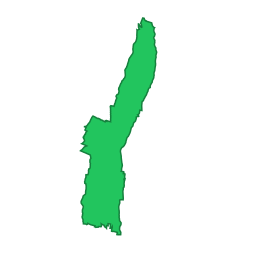 outline of Stanisesti, Bacau, Romania, rotated 26°
{"feature_id": "2599482B92534545821934", "entity_name": "Stanisesti", "entity_type": "district", "adm_level": 2, "iso_a3": "ROU", "parent_name": "Romania", "parent_adm1": "Bacau", "projection": "equal_earth", "projection_center": [27.312, 46.453], "detail": "fine", "context": "isolated", "style": "filled", "palette": "green", "viewbox_px": 256, "rotation_deg": 26, "n_neighbors": 0, "source": "geoboundaries", "source_scale": "gbopen_adm2", "svg_char_len": 5775}
<svg xmlns="http://www.w3.org/2000/svg" viewBox="0 0 256 256"><g transform="rotate(26 128 128)"><path d="M129.9,233.7L132.2,232.8L133.3,232.9L133.8,232.1L133.6,231.3L136.7,231.3L141.3,230.4L141.3,231.4L142.0,231.3L142.7,231.4L142.8,231.2L144.8,230.1L144.7,229.5L147.1,228.5L147.1,228.0L146.9,227.3L146.0,225.9L146.4,226.0L149.3,225.9L149.5,226.3L150.2,227.0L151.9,227.2L152.6,227.5L151.6,225.1L153.0,224.6L152.0,222.7L154.4,222.0L154.9,223.5L155.4,224.5L155.6,224.9L155.8,226.0L156.1,225.9L156.3,225.6L157.0,224.4L157.0,223.5L157.4,224.1L157.8,226.4L158.5,228.0L159.4,227.8L160.5,227.2L164.1,226.5L164.5,227.0L164.4,227.3L164.7,227.6L164.8,228.1L164.6,228.4L164.8,228.7L166.3,228.1L168.2,227.1L167.3,225.0L166.3,224.1L165.6,223.8L164.8,222.8L164.2,221.4L164.1,220.9L163.8,220.4L163.8,220.1L163.8,219.8L164.1,219.0L163.9,218.3L164.0,217.9L163.4,216.3L163.1,216.1L161.1,215.0L160.8,214.6L160.0,213.2L159.0,212.0L158.8,211.2L158.2,210.1L157.9,209.7L157.4,208.3L156.3,206.2L156.1,206.0L155.1,204.5L154.1,202.7L154.0,202.1L153.7,200.9L153.5,199.0L152.3,196.8L152.2,196.2L153.2,195.6L152.7,195.6L154.3,194.9L154.9,194.8L155.1,194.7L154.6,193.4L151.0,186.9L150.8,186.2L150.8,185.7L150.0,184.0L150.3,182.8L149.7,181.1L148.9,179.9L147.9,177.1L148.0,176.9L147.9,176.5L147.7,176.4L147.3,176.4L146.7,175.8L146.7,175.7L147.4,175.5L147.3,175.4L147.3,175.2L147.6,174.8L146.9,174.3L146.0,172.6L145.8,172.5L145.7,172.2L145.9,171.6L145.3,170.6L143.8,171.1L143.7,170.5L143.7,169.5L143.4,169.4L143.2,169.2L140.9,169.9L140.9,169.5L140.6,168.5L140.0,167.2L139.4,164.3L138.5,162.9L137.8,162.1L134.7,157.3L134.4,156.6L133.8,155.7L131.5,152.5L130.9,150.9L130.9,149.4L131.0,148.5L131.4,147.6L131.9,146.9L132.3,145.3L132.4,142.9L132.3,141.7L131.9,140.6L131.7,139.1L131.4,138.0L131.4,136.6L131.9,135.3L131.9,132.0L131.7,130.2L130.9,126.7L130.9,126.2L131.5,124.1L131.1,122.5L130.8,120.6L131.4,119.4L131.7,118.1L131.4,117.6L131.4,116.4L131.2,115.7L130.6,114.5L132.3,112.7L132.4,112.8L132.5,112.6L131.0,111.9L131.4,111.6L131.5,111.2L131.7,109.6L130.8,106.8L132.8,106.2L130.5,101.9L129.2,98.4L129.2,97.8L129.8,96.8L129.6,94.8L129.8,93.5L129.7,92.1L129.8,91.8L130.0,90.1L129.7,87.8L129.8,86.3L129.4,84.9L129.3,83.6L129.4,82.9L130.1,82.1L130.2,81.7L129.6,80.7L129.4,79.6L129.5,77.3L129.7,76.6L129.1,74.4L129.1,73.9L129.2,73.1L129.1,72.6L129.2,71.8L128.6,70.3L128.4,69.3L127.3,67.4L127.1,66.7L126.9,64.8L125.7,61.4L125.3,59.7L124.6,58.1L123.8,56.9L123.1,55.5L122.5,53.7L122.2,52.0L121.7,51.4L121.3,50.7L120.9,48.9L120.7,48.0L120.5,47.2L118.8,45.6L117.9,43.8L116.4,42.9L115.5,41.9L114.9,40.9L114.7,39.6L114.0,38.4L113.9,37.8L113.7,37.6L113.3,37.1L112.1,36.3L111.7,35.8L111.5,35.4L111.4,34.5L111.6,34.1L111.5,33.8L111.2,32.0L110.7,31.3L109.5,30.4L108.5,29.2L108.1,28.0L107.7,26.8L107.9,26.2L106.8,26.2L105.3,25.5L104.1,24.2L103.2,23.1L97.4,24.0L97.3,23.7L96.2,23.8L96.0,23.7L95.1,23.1L94.5,22.4L94.2,22.3L93.9,22.6L93.6,22.5L93.0,22.7L93.5,28.4L94.7,29.1L95.5,30.4L95.8,30.6L95.8,31.1L96.1,31.3L95.9,31.6L94.4,31.2L94.2,31.0L93.0,30.5L92.5,30.0L92.3,30.0L92.0,29.8L91.7,29.9L91.7,30.0L92.0,30.3L92.2,30.6L92.3,31.0L92.5,31.3L93.3,31.7L93.2,32.0L92.9,32.1L93.4,33.0L94.9,34.3L94.4,34.6L94.0,35.3L93.7,36.0L93.1,35.9L93.3,36.2L94.5,38.9L95.3,40.8L96.2,42.4L96.3,43.2L96.6,43.7L97.0,45.8L97.1,46.2L97.0,48.0L96.7,48.8L96.5,49.2L96.3,50.5L97.0,52.7L97.4,53.6L97.6,54.5L98.2,55.7L99.0,56.7L99.5,58.2L99.5,59.8L99.1,61.7L99.1,62.7L98.8,63.9L98.8,64.5L98.7,65.3L98.8,66.3L99.2,67.4L99.3,68.3L99.6,70.6L100.0,72.3L99.9,73.2L100.2,74.3L99.9,75.4L99.8,77.0L100.1,77.9L100.4,78.1L100.8,78.9L102.4,81.6L102.7,82.3L103.0,84.0L102.9,84.7L102.6,85.7L102.6,86.7L101.9,88.5L102.1,89.1L102.1,89.5L102.3,89.9L102.0,91.4L102.3,94.7L102.2,96.2L102.8,97.7L103.6,98.4L103.7,98.8L104.0,99.2L104.1,100.2L104.3,100.9L104.4,101.4L104.1,102.2L103.5,102.8L103.4,103.6L103.3,104.5L103.5,105.0L104.4,105.6L104.8,106.0L104.9,108.7L105.5,111.1L105.4,112.1L105.7,113.0L105.6,113.5L105.9,114.7L105.1,114.8L102.8,115.5L102.7,115.8L102.6,116.3L102.8,116.8L103.2,116.7L103.7,118.1L104.3,119.1L104.5,119.7L105.1,120.6L105.5,121.8L106.0,122.3L106.5,123.8L107.2,124.6L107.3,125.2L107.6,125.5L108.0,126.4L108.5,127.8L108.7,128.0L108.9,128.6L109.1,128.7L109.1,129.0L109.2,129.5L109.6,130.0L108.9,130.2L105.6,130.7L105.7,130.9L105.9,131.0L106.0,131.3L104.5,131.4L104.7,132.5L102.0,132.5L101.9,132.3L101.7,132.3L99.8,132.7L99.7,132.4L97.4,132.3L97.1,132.5L96.6,132.5L96.4,132.6L96.6,132.7L96.5,132.8L94.8,132.8L94.6,132.6L94.1,132.6L91.3,132.6L90.9,134.2L90.9,137.6L91.0,138.3L91.0,139.4L90.9,140.1L90.7,140.6L90.3,142.5L90.2,143.6L89.7,144.6L89.3,145.1L87.8,146.1L90.1,145.7L90.2,148.7L92.4,148.8L92.0,149.5L92.2,150.1L92.1,150.7L92.2,151.1L92.2,152.3L92.3,152.4L92.1,152.5L92.0,153.6L92.1,153.9L91.9,154.4L92.2,155.1L91.8,155.7L92.3,156.3L92.2,156.4L92.6,156.7L92.8,156.6L93.0,156.8L92.9,156.9L93.0,157.0L93.6,157.4L94.7,158.7L94.4,159.8L93.9,161.3L93.7,161.8L93.3,162.4L96.6,162.2L98.7,162.2L97.7,163.3L97.0,164.3L96.2,167.6L95.9,168.3L95.6,168.5L95.3,169.3L105.7,168.8L105.8,168.9L106.0,168.9L108.0,171.6L107.9,172.2L107.7,172.7L108.0,173.8L108.9,175.6L109.8,176.4L110.0,177.3L110.4,177.9L111.4,180.3L111.3,181.5L110.7,182.0L111.2,183.8L111.4,184.0L112.0,185.2L112.5,187.5L112.4,187.6L110.7,188.4L111.2,189.6L111.8,190.6L111.8,190.9L111.9,192.6L112.5,194.4L112.6,195.4L113.1,196.0L113.5,196.7L114.4,196.5L115.8,198.4L117.0,201.0L117.7,203.5L118.7,205.7L118.7,206.3L117.8,208.0L117.5,209.0L117.9,210.0L118.0,214.2L118.2,214.9L118.9,216.1L121.7,217.7L122.2,218.1L122.6,219.3L122.8,220.2L122.8,221.0L123.1,222.0L124.0,223.8L124.6,224.2L124.8,224.6L125.2,226.1L125.6,226.8L125.5,227.2L125.6,227.8L125.9,228.3L126.4,228.9L128.0,230.3L128.2,231.2L128.4,231.6L128.8,232.1L129.2,232.3L129.9,233.7Z" fill="#22c55e" stroke="#15803d" stroke-width="1.5"/></g></svg>